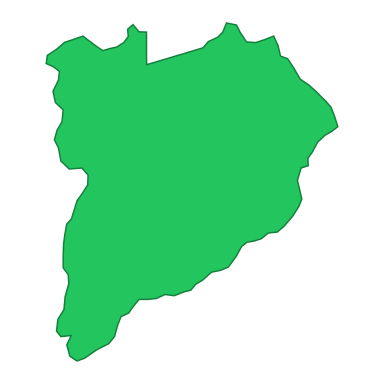 the district of São José da Vitória, Bahia, Brazil
{"feature_id": "56859067B6740167587731", "entity_name": "São José da Vitória", "entity_type": "district", "adm_level": 2, "iso_a3": "BRA", "parent_name": "Brazil", "parent_adm1": "Bahia", "projection": "robinson", "projection_center": [-39.357, -15.083], "detail": "fine", "context": "isolated", "style": "filled", "palette": "green", "viewbox_px": 384, "rotation_deg": 0, "n_neighbors": 0, "source": "geoboundaries", "source_scale": "gbopen_adm2", "svg_char_len": 1472}
<svg xmlns="http://www.w3.org/2000/svg" viewBox="0 0 384 384"><path d="M228.3,267.1L236.2,256.4L241.5,246.7L246.8,242.3L253.7,241.1L261.2,238.8L268.4,233.0L277.4,232.0L284.5,225.8L292.8,216.0L299.0,206.2L301.8,199.1L299.8,190.4L297.4,180.3L301.1,168.0L308.2,165.7L307.9,158.2L312.4,152.0L317.6,142.2L325.2,135.1L331.4,131.6L337.8,126.7L334.5,116.1L331.0,107.3L325.9,101.3L320.7,96.2L316.1,91.5L309.0,85.2L300.3,79.2L293.2,67.1L287.6,58.7L280.5,56.1L278.1,45.9L273.7,36.1L264.7,39.6L255.7,42.6L246.4,41.9L239.9,31.8L236.5,25.0L226.5,23.0L222.8,32.1L217.6,37.3L208.3,41.6L203.1,47.8L146.7,64.7L146.5,56.4L146.5,32.1L139.0,31.8L133.0,24.6L127.6,29.3L128.3,36.5L123.7,42.6L116.5,47.1L109.7,48.6L102.8,50.6L96.3,46.3L90.5,41.9L82.9,36.1L73.0,39.6L64.7,42.3L56.4,49.4L47.4,55.3L46.2,63.5L53.3,66.7L59.4,71.4L58.5,80.0L53.0,91.3L55.4,102.5L63.2,109.9L62.0,121.8L57.2,129.9L54.4,139.7L58.5,148.0L60.9,161.0L69.2,169.0L81.9,168.0L88.1,175.1L87.7,185.0L81.8,194.1L77.1,200.7L74.3,209.7L71.5,218.7L66.7,224.2L64.7,235.3L63.6,244.0L63.2,255.6L63.2,267.9L68.2,274.5L68.8,283.6L65.1,296.7L64.0,309.5L57.9,319.3L56.5,331.1L60.9,336.6L71.2,335.5L66.8,344.9L69.9,356.2L77.0,361.0L84.6,358.2L90.4,354.2L97.0,349.6L108.7,343.7L114.5,336.6L117.6,325.3L121.0,316.6L128.7,313.0L132.7,307.2L139.0,299.4L147.2,299.4L156.4,298.5L165.0,294.5L174.2,295.7L184.2,291.8L190.8,290.2L195.6,284.4L202.8,280.0L211.4,272.2L220.6,270.3L228.3,267.1Z" fill="#22c55e" stroke="#15803d" stroke-width="1.5"/></svg>